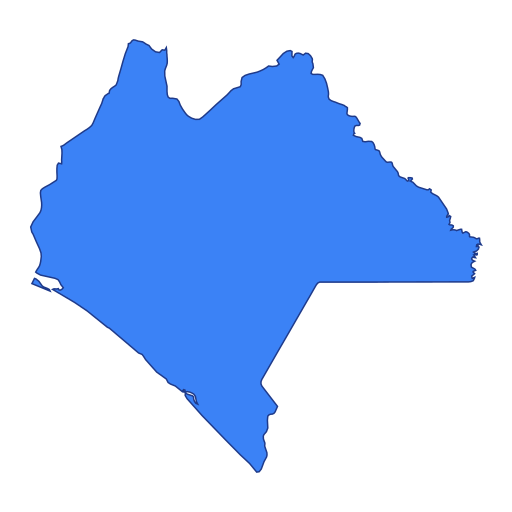 map outline of Chiapas (Mercator projection)
{"feature_id": "MEX-2735", "entity_name": "Chiapas", "entity_type": "State", "adm_level": 1, "iso_a3": "MEX", "parent_name": "Mexico", "parent_adm1": "", "projection": "mercator", "projection_center": [-92.17, 16.27], "detail": "fine", "context": "isolated", "style": "filled", "palette": "blue", "viewbox_px": 512, "rotation_deg": 0, "n_neighbors": 0, "source": "natural_earth", "source_scale": "10m", "svg_char_len": 5913}
<svg xmlns="http://www.w3.org/2000/svg" viewBox="0 0 512 512"><path d="M354.6,133.2L354.0,133.4L353.4,135.3L356.2,136.6L360.0,137.4L361.8,138.4L362.8,141.4L365.2,141.8L368.4,141.3L371.7,141.5L373.0,142.6L374.1,144.6L374.8,146.9L375.0,148.8L375.5,149.6L377.9,150.3L379.1,150.9L379.6,151.8L380.2,154.1L380.7,155.3L381.8,157.1L386.1,161.8L387.3,162.3L390.2,162.0L391.5,162.2L392.1,163.0L392.7,165.4L393.2,166.5L397.4,171.6L398.1,173.0L398.6,175.6L400.1,176.9L404.7,178.5L405.4,179.1L406.9,180.7L407.5,181.1L408.7,180.6L408.6,179.4L408.1,178.3L408.3,177.7L410.4,177.7L412.1,178.0L412.4,179.0L410.4,181.1L412.9,182.3L416.4,185.9L418.6,187.2L426.9,189.8L428.3,189.8L429.5,188.8L431.1,189.8L431.1,190.6L430.7,192.1L432.5,193.6L436.8,195.8L438.5,197.1L446.6,209.0L448.3,213.5L446.7,216.4L446.7,217.2L447.7,217.0L448.3,216.8L448.8,216.4L449.1,215.5L450.7,216.5L450.3,218.3L449.6,220.4L450.0,222.5L449.0,224.4L450.0,224.9L451.9,225.0L453.3,225.8L453.3,227.1L452.5,228.1L451.4,229.0L450.8,230.2L452.3,229.8L454.2,229.8L455.9,230.2L456.6,230.6L457.3,230.3L460.4,229.3L461.6,229.3L462.1,232.0L462.9,233.1L465.8,231.7L467.1,232.1L468.2,232.9L469.0,233.6L469.6,235.0L469.4,236.1L469.7,236.8L473.5,237.3L474.8,237.8L475.6,238.4L476.4,238.8L477.7,238.6L478.8,238.1L479.5,238.2L479.7,240.0L479.7,241.7L479.9,242.4L481.3,244.8L479.4,244.2L477.8,244.1L476.7,244.8L476.4,246.5L477.2,246.5L477.2,245.6L478.0,245.6L479.0,247.2L478.3,249.2L476.5,251.0L474.3,251.7L473.5,252.1L474.7,253.0L476.4,253.7L477.2,253.4L477.2,254.7L476.4,255.0L475.4,254.7L474.7,254.2L474.6,254.6L474.6,254.9L474.4,255.1L473.9,255.0L474.3,255.7L475.1,257.1L475.5,257.7L474.0,257.5L473.6,257.3L473.1,256.8L471.7,258.3L471.9,259.6L473.1,260.5L474.7,261.2L473.3,261.9L471.8,263.0L471.0,264.7L471.4,267.1L474.9,269.1L475.7,270.3L473.1,271.4L473.1,272.2L474.6,273.7L471.7,276.1L472.2,278.3L473.1,278.3L473.5,277.8L473.7,277.7L474.0,277.6L474.7,277.3L474.4,278.4L473.5,280.2L473.1,280.8L470.9,281.6L468.5,281.9L457.7,281.9L408.0,282.0L391.4,282.0L374.8,282.1L341.7,282.1L319.6,282.1L317.7,283.1L316.2,285.0L313.5,289.7L311.3,293.6L305.4,303.8L297.1,318.2L287.6,334.7L278.1,351.1L261.8,379.5L261.0,381.7L261.0,384.0L261.9,386.1L277.5,406.4L275.1,411.9L273.9,413.4L272.3,414.1L270.7,414.2L269.2,414.7L267.8,416.1L267.4,420.2L267.8,428.0L266.4,431.7L263.9,434.6L263.3,436.1L263.4,438.7L263.7,439.8L264.8,442.8L264.9,443.8L264.7,445.6L264.8,446.5L266.9,452.7L267.0,455.0L266.6,456.9L264.0,461.7L261.3,469.0L259.2,471.7L256.7,472.1L256.2,471.5L249.6,463.5L240.4,454.9L225.3,439.6L202.2,415.7L187.1,398.7L185.2,395.5L185.3,392.9L187.2,394.1L192.4,395.8L193.5,396.9L193.7,399.2L194.5,401.5L195.8,403.3L197.7,404.1L196.4,401.5L195.4,396.4L193.9,394.2L192.3,393.2L189.8,392.1L187.2,391.6L185.3,392.1L184.9,390.0L183.6,389.6L182.9,390.5L184.5,392.1L182.5,391.8L175.3,386.0L170.4,384.0L168.1,382.5L166.3,379.0L156.7,372.1L145.6,359.6L143.4,356.1L142.1,354.4L138.6,353.0L109.4,328.2L107.3,327.2L87.1,310.9L74.7,302.5L52.6,289.4L54.0,288.8L56.9,289.0L58.3,288.6L59.1,290.0L60.4,290.1L62.0,289.2L63.3,287.7L60.9,284.7L59.6,281.9L58.0,279.6L55.0,278.3L40.6,275.1L36.9,273.1L35.7,272.1L36.4,270.8L37.4,269.2L38.5,267.6L39.5,265.9L40.2,263.7L40.7,261.3L41.0,258.9L41.3,256.5L41.0,252.9L39.5,248.6L37.6,244.5L36.1,241.2L34.1,236.5L33.1,234.2L31.8,232.0L30.7,227.0L33.1,221.8L36.9,216.8L40.0,212.6L41.0,210.2L41.5,207.7L41.7,205.1L41.6,202.5L41.2,199.8L40.7,196.3L40.4,192.9L40.8,190.4L42.3,188.8L44.8,187.2L47.4,185.8L49.5,184.7L56.4,180.3L57.0,178.9L57.1,176.3L56.9,171.9L56.9,168.6L57.2,165.2L58.5,163.1L61.6,163.8L61.7,162.9L61.7,162.0L61.7,161.0L61.6,160.2L61.8,156.8L62.0,153.2L61.9,149.6L61.0,146.4L62.6,145.8L64.0,145.0L66.9,142.8L84.5,130.8L87.0,129.3L89.5,127.5L91.7,125.5L93.1,123.0L95.2,118.0L98.4,110.8L100.0,107.2L101.7,103.5L102.7,100.4L103.2,98.7L103.8,97.9L104.5,96.5L105.2,95.6L107.3,94.2L107.8,93.8L108.4,93.4L108.9,93.4L109.2,93.1L109.5,90.9L109.8,90.2L111.0,88.7L112.7,87.4L114.6,86.2L116.2,84.9L116.9,83.1L117.8,80.7L118.2,78.3L118.7,76.3L120.9,68.8L123.0,61.2L125.3,53.7L128.1,46.5L128.4,43.7L129.8,43.3L130.6,42.7L132.1,40.7L133.5,39.9L135.2,40.1L138.2,41.1L142.5,41.8L143.6,42.4L146.1,44.1L149.0,45.5L151.6,49.0L155.5,51.8L159.5,52.5L162.2,49.8L164.8,50.2L166.3,47.6L166.6,49.8L166.7,50.6L166.7,53.2L166.9,54.1L167.0,56.4L167.2,58.7L167.3,61.0L167.2,63.2L166.7,65.2L166.0,67.0L165.3,68.8L164.7,70.9L164.8,76.0L165.9,81.1L167.0,86.2L167.0,91.4L167.3,94.6L168.1,97.0L169.8,98.3L172.9,98.3L176.9,99.0L178.9,101.5L180.2,105.0L182.4,108.9L183.7,110.8L185.1,112.8L186.6,114.7L188.3,116.2L191.7,118.2L195.5,119.4L199.4,119.3L202.7,117.0L203.6,116.2L204.1,115.7L204.6,115.3L210.1,110.3L211.9,108.6L215.5,105.2L216.7,104.1L227.0,95.0L229.0,92.9L231.1,90.6L233.5,88.8L236.1,88.0L240.3,86.7L241.2,84.5L241.1,81.5L242.1,77.5L245.1,75.4L249.2,74.0L253.6,73.0L257.3,72.1L260.3,70.9L263.3,69.5L266.1,67.8L268.6,66.0L272.3,66.5L276.7,66.0L279.1,64.1L277.0,60.3L280.1,57.0L283.3,53.5L286.9,51.2L289.6,50.7L290.4,50.6L292.0,51.5L291.9,55.9L293.2,57.6L294.1,56.4L294.6,55.1L295.2,54.0L296.6,53.3L298.4,53.1L300.1,53.5L303.2,55.0L305.6,53.2L308.2,53.6L310.5,55.7L312.2,58.5L312.4,59.4L312.2,61.8L312.4,62.6L312.7,63.2L312.9,63.8L313.4,67.7L312.7,68.9L311.5,71.3L311.1,73.4L312.7,74.4L315.2,74.4L317.7,74.3L320.2,74.5L322.7,75.3L324.9,78.9L326.5,83.2L327.6,87.8L328.4,91.9L328.5,93.4L328.5,94.6L328.3,95.7L328.3,97.0L329.1,99.2L331.1,100.6L333.6,101.6L335.8,102.3L336.6,102.7L337.0,102.8L337.4,103.0L339.5,103.8L342.1,104.6L344.5,105.6L345.3,106.4L346.4,106.9L347.4,107.7L347.4,109.6L346.9,113.4L347.4,114.7L348.9,115.7L350.7,116.2L352.2,116.4L354.8,116.3L355.7,116.7L356.8,118.1L359.6,122.9L360.1,123.3L359.6,125.1L358.3,125.5L356.6,125.4L355.1,125.9L354.4,127.1L353.9,129.1L353.8,131.2L354.2,132.8L354.6,133.2ZM34.5,278.4L35.9,278.9L38.9,281.3L42.1,285.8L43.5,286.9L47.5,288.5L49.3,289.5L50.1,291.1L31.9,283.6L34.5,278.4Z" fill="#3b82f6" stroke="#1e3a8a" stroke-width="1.5"/></svg>